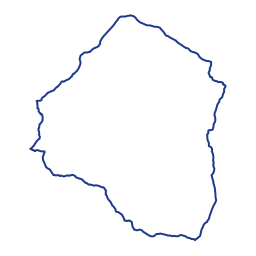 Negreni, Cluj, Romania (Mercator projection)
{"feature_id": "2599482B47059022989916", "entity_name": "Negreni", "entity_type": "district", "adm_level": 2, "iso_a3": "ROU", "parent_name": "Romania", "parent_adm1": "Cluj", "projection": "mercator", "projection_center": [22.749, 46.959], "detail": "fine", "context": "isolated", "style": "outline", "palette": "blue", "viewbox_px": 256, "rotation_deg": 0, "n_neighbors": 0, "source": "geoboundaries", "source_scale": "gbopen_adm2", "svg_char_len": 5734}
<svg xmlns="http://www.w3.org/2000/svg" viewBox="0 0 256 256"><path d="M194.2,240.6L199.9,236.2L200.4,234.7L201.6,229.5L202.4,227.9L202.9,227.1L203.7,224.8L204.0,224.3L205.2,223.1L205.8,222.6L206.9,222.1L207.4,221.0L208.6,219.3L209.1,218.4L209.4,217.6L209.4,216.9L209.5,216.3L212.1,209.1L214.0,204.7L214.4,204.2L215.0,203.2L216.1,200.6L216.1,199.8L215.8,198.7L215.5,196.4L215.4,193.3L214.8,188.1L214.2,185.7L213.3,183.0L213.4,182.0L213.4,181.3L213.2,181.0L212.9,180.4L212.6,178.9L211.7,175.9L211.6,175.5L211.6,175.2L211.8,174.9L212.2,174.6L213.4,172.8L213.8,171.7L213.9,171.1L214.1,170.6L214.2,169.8L214.3,169.3L214.3,168.3L213.6,167.0L213.6,166.2L213.2,165.1L213.2,164.5L213.7,163.0L213.6,162.4L213.4,161.7L213.3,160.9L213.1,160.5L213.4,158.0L213.4,157.4L213.2,156.6L213.2,155.2L213.1,154.7L212.5,152.9L211.9,151.6L211.8,151.2L212.1,150.2L212.1,149.4L212.0,148.9L211.7,148.2L211.5,147.8L210.8,147.1L210.1,146.6L209.2,146.3L208.9,145.9L208.9,143.1L207.6,139.9L207.4,139.0L207.2,134.2L207.9,133.7L208.3,133.2L208.4,132.4L208.2,131.3L208.3,130.9L208.6,130.5L209.0,130.2L211.3,130.1L212.0,129.9L212.4,129.7L212.8,129.2L213.4,127.2L213.6,124.5L215.0,121.6L215.3,120.6L215.3,119.9L215.3,118.5L215.1,117.3L214.6,115.5L214.5,114.3L214.6,113.4L215.9,110.0L217.3,104.9L218.2,103.1L218.8,102.5L219.2,101.9L219.3,101.4L219.4,100.5L219.6,99.8L219.9,99.3L220.4,98.8L221.6,97.8L222.0,97.4L222.3,96.8L223.1,93.9L224.1,91.9L224.1,89.2L224.4,88.5L225.1,87.4L225.4,86.7L225.5,85.9L225.3,85.5L224.9,85.4L224.5,85.3L224.2,85.0L223.1,84.3L223.3,83.6L222.9,83.4L222.9,82.9L222.5,82.6L221.5,82.1L220.9,82.2L219.6,81.9L218.1,82.1L217.6,81.8L216.8,81.1L215.3,81.0L213.8,80.4L213.4,80.1L213.2,80.1L213.0,79.9L212.9,79.5L212.3,78.8L212.2,78.5L212.1,77.7L211.7,77.2L211.4,77.0L210.5,77.1L210.1,76.7L209.8,76.1L209.4,74.3L208.8,73.6L208.6,73.1L208.9,71.8L209.8,70.5L209.8,70.0L209.7,69.0L209.7,68.8L210.9,65.8L211.1,64.5L211.1,62.7L211.1,62.1L210.9,61.8L208.2,61.0L206.3,60.9L204.9,60.3L204.1,60.1L203.3,59.6L202.2,59.2L199.8,57.3L198.0,54.5L197.2,53.6L195.6,52.8L195.0,52.7L194.6,52.3L193.4,52.2L192.4,51.9L190.7,51.1L189.8,50.4L189.3,49.6L188.9,49.1L188.0,48.5L187.4,48.2L185.8,47.9L185.3,47.7L184.9,47.2L183.6,46.6L181.6,45.0L179.7,44.0L177.4,42.1L176.6,41.7L176.3,41.4L176.3,41.1L176.1,40.7L170.4,37.7L168.0,36.1L167.6,35.9L166.8,35.9L166.2,35.7L165.8,35.3L163.0,31.2L161.7,30.0L160.3,28.3L159.9,27.8L158.7,27.3L157.2,26.9L153.9,26.6L150.2,25.4L148.0,25.4L146.1,25.0L142.2,23.2L140.8,22.7L139.9,22.2L138.6,21.2L137.4,20.1L135.2,17.4L134.2,16.5L131.0,15.4L130.0,15.4L128.8,15.8L127.7,15.9L124.7,16.6L122.2,16.5L120.7,16.7L120.3,16.8L118.3,18.6L117.6,19.9L115.3,22.6L115.0,23.3L113.9,24.8L111.6,27.5L106.4,33.1L103.2,36.7L102.0,38.4L100.3,41.2L100.1,43.9L99.3,44.7L98.8,45.6L98.6,46.2L96.9,47.1L93.8,48.4L91.9,49.8L91.3,50.5L90.5,51.4L89.8,51.9L89.4,51.7L88.4,52.2L87.4,52.5L84.8,52.4L83.0,53.6L80.9,55.3L80.5,55.8L80.1,57.2L79.7,58.9L79.7,59.5L79.9,60.4L80.4,61.4L80.5,62.5L80.3,64.1L79.7,66.1L79.2,66.8L78.4,68.9L77.9,69.4L77.2,70.5L76.9,71.0L74.0,73.5L73.6,74.1L73.1,74.0L72.6,74.6L72.3,75.2L72.1,75.9L71.8,76.5L71.1,76.9L69.9,78.3L68.7,79.2L67.1,79.8L63.7,81.6L63.3,81.6L62.3,81.4L61.6,81.6L59.8,84.4L57.3,86.9L56.5,87.2L53.8,90.3L50.5,91.6L47.5,93.0L46.7,94.0L44.8,96.0L42.3,97.7L41.7,98.5L41.6,99.8L40.7,100.5L40.3,100.7L37.8,100.8L36.8,101.0L37.0,101.7L37.4,103.6L37.2,104.2L37.7,105.8L37.6,106.3L37.4,108.1L38.2,108.4L38.6,109.1L38.6,110.6L38.8,111.7L40.2,113.1L40.3,113.8L40.7,114.2L41.0,113.9L41.5,114.0L41.9,114.3L42.3,115.2L42.4,116.0L42.6,117.0L42.6,118.9L42.5,120.4L42.0,121.5L40.5,123.6L39.6,124.3L39.1,127.7L38.5,128.8L38.4,129.8L38.9,131.3L39.1,132.1L39.2,133.1L39.1,134.2L39.1,135.0L39.3,135.6L39.9,136.9L39.4,138.8L38.4,139.3L36.9,141.0L35.9,142.3L34.5,144.5L34.4,145.1L31.5,148.1L31.3,148.1L30.5,148.8L31.3,149.4L32.3,149.7L32.7,150.1L34.4,150.4L34.6,151.0L35.2,151.0L35.4,150.7L36.4,150.3L37.7,150.1L40.4,151.2L44.5,151.5L44.5,152.6L44.3,152.8L42.7,157.5L42.9,158.2L42.9,158.7L43.3,160.7L44.1,162.2L45.0,164.4L45.3,165.4L46.2,167.3L47.7,168.4L49.8,169.5L53.2,174.7L53.7,175.1L54.4,174.9L55.9,175.5L57.0,175.2L58.1,175.2L59.0,175.5L59.3,175.4L59.7,175.9L60.5,176.0L61.1,175.7L61.7,175.7L62.3,175.9L63.3,176.4L64.3,176.4L67.0,175.4L67.8,175.4L68.6,175.8L69.0,175.7L69.6,175.6L70.4,175.2L71.5,175.2L72.4,174.9L73.1,175.0L75.0,175.9L75.6,176.9L76.2,177.5L76.8,177.6L78.3,178.1L79.3,178.7L80.7,178.8L81.5,179.4L82.1,179.5L82.6,179.9L83.1,180.7L83.7,181.0L84.0,181.4L85.2,182.4L85.3,182.8L86.8,183.0L87.2,183.4L87.3,183.7L88.0,184.0L88.4,184.4L89.1,184.7L90.1,184.5L94.3,185.7L95.5,185.3L98.1,185.6L102.1,187.3L103.4,187.3L104.6,188.4L104.8,189.1L105.5,190.1L106.0,190.7L105.8,191.4L105.9,191.9L105.7,192.6L105.9,193.1L105.7,194.3L106.9,195.9L107.3,197.6L108.9,200.3L109.6,200.7L109.8,201.2L110.7,202.0L111.1,203.4L111.6,203.9L112.4,205.6L113.1,206.1L115.4,209.0L115.5,210.4L116.1,211.6L118.1,212.1L119.5,212.9L121.4,214.4L121.9,214.5L122.4,215.8L123.0,216.4L123.1,216.8L123.4,217.2L123.5,217.7L123.8,218.3L124.1,219.2L124.6,219.8L124.6,220.6L125.4,220.6L126.7,221.0L128.2,220.6L128.9,220.8L129.1,220.6L129.7,220.7L131.6,221.8L131.9,222.5L132.1,224.5L132.4,225.2L132.4,226.1L132.8,227.3L133.7,228.4L134.0,229.5L137.2,230.3L139.4,229.7L140.4,229.7L142.1,230.5L142.4,230.8L142.8,231.5L146.0,233.5L148.5,235.2L150.0,235.9L151.1,236.3L152.6,236.4L153.4,236.3L153.9,236.1L154.8,235.6L156.0,234.3L156.5,234.1L158.7,233.9L160.6,233.6L163.8,234.3L167.4,235.3L168.1,235.6L169.6,235.4L172.3,236.2L173.9,235.9L174.9,236.1L178.1,236.3L178.8,235.8L180.1,235.2L181.0,235.0L181.8,235.1L182.6,235.5L184.1,235.8L185.1,236.2L188.0,237.9L189.0,237.9L190.0,238.2L191.2,238.9L194.6,239.3L195.1,239.6L194.2,240.6Z" fill="none" stroke="#1e3a8a" stroke-width="2"/></svg>